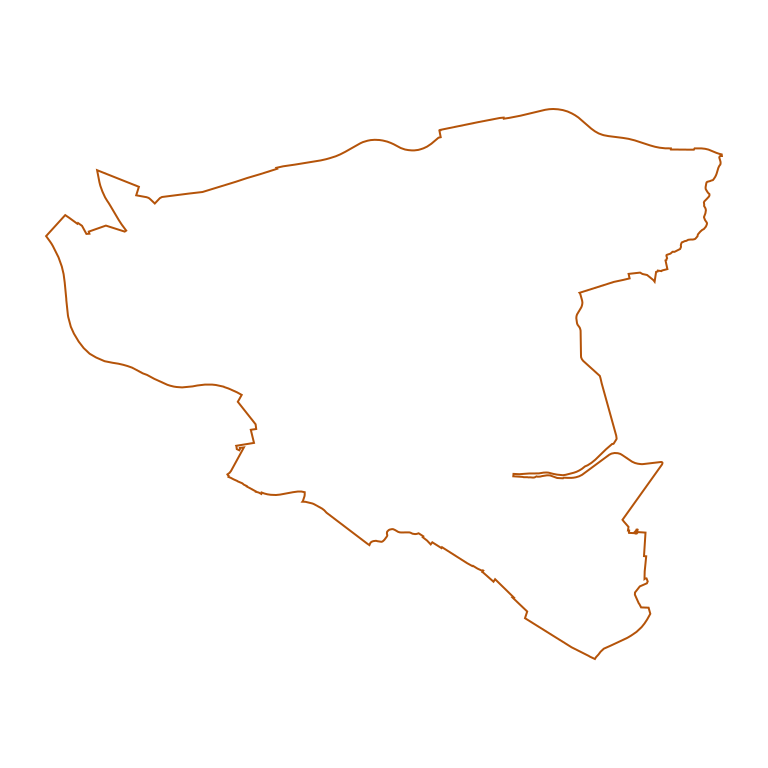 Parramatta, New South Wales, Australia
{"feature_id": "25037944B24816754384688", "entity_name": "Parramatta", "entity_type": "district", "adm_level": 2, "iso_a3": "AUS", "parent_name": "Australia", "parent_adm1": "New South Wales", "projection": "albers", "projection_center": [151.053, -33.808], "detail": "fine", "context": "isolated", "style": "outline", "palette": "amber", "viewbox_px": 768, "rotation_deg": 0, "n_neighbors": 0, "source": "geoboundaries", "source_scale": "gbopen_adm2", "svg_char_len": 6074}
<svg xmlns="http://www.w3.org/2000/svg" viewBox="0 0 768 768"><path d="M58.5,257.3L61.8,266.5L63.6,274.1L64.7,282.4L66.3,299.1L66.3,300.0L67.9,315.1L68.2,316.9L70.8,326.7L73.9,333.6L78.7,341.6L83.7,348.1L89.6,353.7L96.1,357.5L104.6,361.2L112.7,362.8L118.4,363.7L123.2,364.8L127.4,366.0L132.0,367.6L142.9,373.4L147.0,374.9L154.4,378.9L167.4,384.8L170.2,385.7L173.9,386.6L176.6,387.0L182.1,387.4L192.6,386.4L197.3,385.5L204.9,384.6L212.1,384.6L215.9,385.0L223.8,386.7L224.1,387.0L228.5,388.5L237.0,392.3L241.7,394.9L237.8,401.8L255.6,424.3L256.2,429.0L250.8,429.8L254.0,442.9L236.2,445.8L236.4,446.3L236.8,449.1L239.3,450.3L240.1,448.8L239.9,447.9L243.9,447.4L231.0,471.0L229.5,472.9L227.4,474.4L227.9,475.2L228.7,475.9L228.4,476.9L230.7,477.8L233.5,479.3L237.3,481.0L237.6,481.3L242.3,483.3L243.9,484.7L246.7,486.0L246.6,486.4L256.0,491.5L255.9,491.8L258.6,492.5L261.3,493.9L261.6,492.5L264.3,493.5L267.4,494.3L270.8,494.8L276.0,495.0L280.0,494.6L293.0,492.2L298.1,491.5L301.2,491.5L304.7,492.2L304.7,494.8L304.5,496.2L302.9,501.0L302.4,501.7L305.4,501.8L312.5,503.5L314.1,504.2L322.1,508.6L324.3,510.3L326.5,512.7L367.2,543.6L369.4,545.1L370.2,543.3L370.8,542.4L372.0,541.6L373.4,541.1L376.0,540.8L377.5,541.2L381.4,541.8L382.2,541.6L382.9,541.2L384.4,539.8L386.7,536.7L387.2,535.8L387.3,535.1L387.0,534.2L386.9,533.4L387.0,532.3L387.2,531.6L388.7,530.1L389.7,529.6L392.1,529.1L393.2,529.2L395.0,530.0L398.2,531.9L400.0,532.4L402.2,532.5L405.4,532.4L409.3,532.4L410.5,532.7L412.5,533.7L415.1,534.1L416.8,533.9L418.6,533.3L423.3,536.3L422.7,537.2L427.0,540.5L430.7,544.4L432.3,542.3L441.5,548.1L442.0,547.2L467.0,563.1L472.4,566.1L472.9,565.8L477.5,568.6L482.0,570.7L482.8,570.3L483.3,570.6L482.3,572.0L483.1,572.5L493.5,581.7L495.1,579.2L513.7,597.4L512.6,597.6L527.2,611.5L525.0,618.2L571.6,647.3L588.7,655.9L589.8,656.6L594.9,659.0L596.0,657.2L598.5,654.5L600.6,651.7L603.8,648.7L611.0,645.5L627.4,637.8L631.1,635.6L636.5,631.9L641.6,627.1L644.5,623.5L647.2,619.4L650.3,613.8L648.6,607.7L641.1,607.4L639.4,604.1L638.8,603.4L634.9,594.7L635.0,592.5L639.8,586.4L646.9,583.3L647.7,581.4L646.5,578.4L645.2,578.5L644.5,579.0L644.7,571.3L646.2,556.3L644.0,556.1L645.5,532.6L638.0,532.1L636.7,533.5L635.3,533.5L635.2,533.3L635.3,533.0L636.1,532.0L636.4,531.8L637.1,531.8L637.3,531.6L637.0,531.2L636.9,530.9L637.6,530.0L637.7,529.8L637.5,529.5L637.1,529.5L636.5,529.6L636.2,530.5L633.7,533.1L629.0,532.9L628.9,532.5L629.2,530.4L628.7,530.1L628.0,530.3L628.5,526.9L623.8,521.5L622.5,519.8L662.0,464.5L662.4,463.5L662.4,462.6L661.8,462.1L661.0,462.0L643.0,464.1L640.9,464.1L637.8,463.7L635.0,463.0L632.1,461.7L622.0,454.9L620.3,453.9L617.8,453.2L614.6,453.0L611.5,453.6L609.3,454.7L582.1,474.8L579.1,476.3L575.8,477.3L573.5,477.7L571.1,477.9L568.0,477.9L564.3,477.7L563.5,477.8L563.0,478.3L557.2,478.0L550.0,475.4L547.1,475.3L542.1,476.1L540.1,476.6L537.6,476.7L536.5,476.4L534.6,477.4L533.1,477.6L530.0,477.3L528.7,477.4L527.3,477.2L523.7,477.2L522.6,476.9L513.3,476.3L513.5,473.9L519.3,474.2L528.9,473.5L538.8,473.4L543.7,472.6L546.7,472.5L548.7,472.7L552.9,473.8L556.9,474.6L562.9,475.2L565.7,474.8L573.9,472.7L576.5,471.8L579.2,470.5L582.0,468.8L585.0,466.4L587.6,465.3L591.5,462.8L595.3,459.7L606.1,449.2L612.1,444.0L613.5,443.8L614.0,443.1L616.5,439.1L616.6,438.4L616.2,435.6L601.7,383.4L600.5,378.2L599.8,375.9L583.2,360.9L581.9,359.2L581.1,357.3L581.0,355.8L580.6,330.7L580.3,329.3L579.7,327.6L577.5,324.6L577.0,323.1L576.3,318.1L576.5,316.2L577.0,314.5L581.3,307.3L581.9,305.7L582.3,303.9L582.4,302.4L582.1,300.5L580.4,294.4L579.9,293.3L579.5,292.8L613.9,281.9L623.3,279.9L629.6,278.4L628.6,273.9L640.1,272.6L642.5,274.0L647.1,275.0L653.4,280.1L654.6,281.7L656.1,271.9L657.6,271.5L657.8,270.6L661.5,271.1L662.0,270.5L667.4,269.1L665.5,260.4L666.4,260.0L666.7,258.7L667.1,258.2L666.4,255.8L666.6,255.0L667.0,254.8L670.5,253.6L672.5,251.8L673.0,251.7L674.1,251.9L674.8,251.7L680.1,249.0L680.9,247.2L681.0,246.1L680.8,245.3L681.1,244.0L681.5,243.0L682.0,242.3L683.2,241.9L684.5,241.2L686.4,240.8L688.2,239.8L690.9,239.5L693.0,239.5L694.4,239.2L695.3,238.8L697.5,236.3L697.7,235.1L698.0,234.3L700.2,231.7L702.1,230.0L703.9,229.0L705.9,226.6L706.8,224.5L707.0,223.2L706.8,222.6L705.0,220.0L704.0,217.3L704.0,217.0L705.4,213.3L705.9,210.2L705.5,208.4L704.1,206.0L704.2,204.7L703.9,202.3L704.5,201.2L706.8,198.9L708.9,196.6L709.4,195.6L709.5,194.9L709.3,193.9L708.6,193.4L707.8,192.5L706.4,190.3L705.7,189.0L705.6,188.2L705.6,187.1L706.3,183.3L706.6,182.4L707.3,181.8L710.3,181.0L711.1,180.6L712.9,180.1L714.0,178.7L715.3,176.7L716.1,175.0L716.6,173.7L718.4,167.7L719.4,165.7L720.3,164.6L720.5,163.9L720.6,162.9L720.5,161.7L719.3,157.6L719.6,156.5L719.8,156.3L720.4,156.0L721.9,156.0L721.7,154.4L719.5,153.9L716.5,152.9L708.5,149.6L705.1,148.8L701.4,148.4L694.6,148.4L693.8,149.7L670.9,149.5L670.9,148.4L665.0,148.3L659.6,147.7L655.1,146.8L650.1,145.4L634.8,140.4L628.4,138.8L622.8,137.9L608.5,136.1L603.7,135.2L602.1,134.7L598.6,133.4L594.9,131.3L591.2,128.6L578.4,117.5L575.0,115.2L571.8,113.4L567.6,111.5L562.9,110.1L558.1,109.3L553.2,109.0L549.2,109.2L545.2,109.8L520.5,115.7L509.1,117.9L503.8,118.7L503.7,117.6L499.7,118.0L477.9,122.2L440.3,129.9L440.4,130.3L439.4,130.5L440.7,137.2L438.5,137.7L431.4,143.7L427.1,146.6L423.5,148.3L420.8,149.2L418.3,149.9L414.3,150.4L411.8,150.4L408.4,150.1L405.0,149.5L400.7,148.0L393.8,144.3L390.7,142.9L387.2,141.6L382.7,140.5L379.3,140.0L374.7,139.8L370.7,140.1L367.6,140.7L362.9,142.1L360.3,143.3L345.1,151.9L340.2,154.4L335.7,156.3L329.7,158.2L326.1,159.2L320.8,160.4L295.0,164.6L283.2,166.3L276.4,167.8L277.1,168.8L260.4,174.1L247.2,178.0L235.7,181.8L202.5,192.0L188.6,193.6L162.0,197.0L159.9,198.1L154.8,203.5L150.7,199.6L149.2,198.3L148.3,197.8L146.6,197.2L136.2,195.3L138.9,186.8L97.1,170.2L99.4,182.1L100.3,185.7L102.4,191.5L105.1,197.4L107.3,201.0L108.6,202.9L110.6,206.2L118.8,220.1L121.6,224.4L126.2,230.6L124.7,231.6L105.9,225.6L88.8,231.6L89.4,233.7L86.4,233.9L82.0,225.8L78.0,223.0L77.4,223.8L69.2,217.8L65.2,215.1L46.1,236.1L49.8,241.2L51.5,243.7L52.9,246.1L58.5,257.3Z" fill="none" stroke="#b45309" stroke-width="2"/></svg>